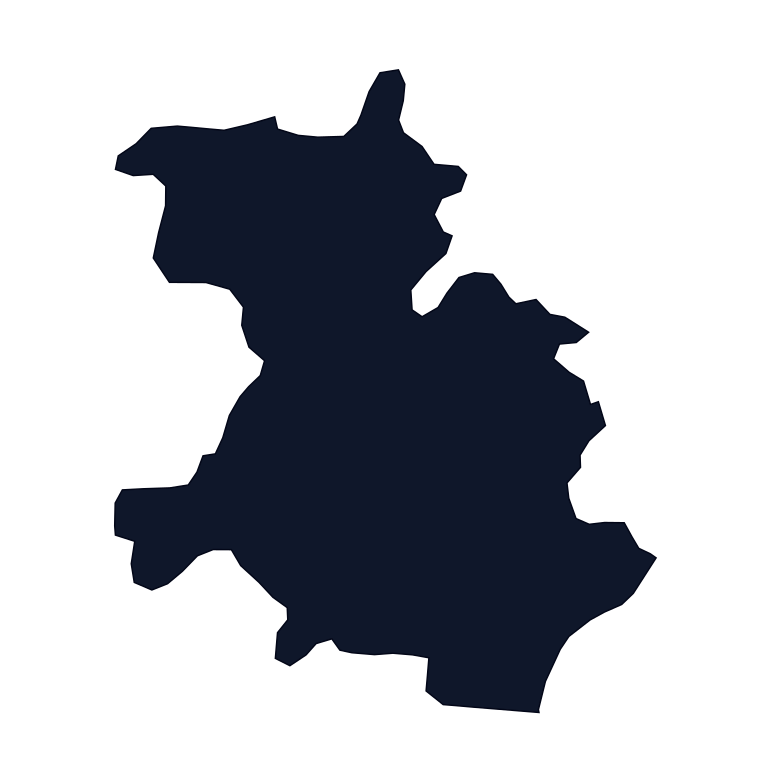 the district of Mungyeong-si, North Gyeongsang, South Korea, rotated 95°
{"feature_id": "91817680B43065782555772", "entity_name": "Mungyeong-si", "entity_type": "district", "adm_level": 2, "iso_a3": "KOR", "parent_name": "South Korea", "parent_adm1": "North Gyeongsang", "projection": "orthographic", "projection_center": [128.138, 36.686], "detail": "fine", "context": "isolated", "style": "filled", "palette": "ink", "viewbox_px": 768, "rotation_deg": 95, "n_neighbors": 0, "source": "geoboundaries", "source_scale": "gbopen_adm2", "svg_char_len": 1857}
<svg xmlns="http://www.w3.org/2000/svg" viewBox="0 0 768 768"><g transform="rotate(95 384 384)"><path d="M314.6,184.7L301.7,209.7L300.2,224.8L286.6,239.9L292.6,259.6L286.5,267.2L274.4,276.2L265.3,285.3L265.3,303.5L271.4,318.6L288.0,329.2L303.1,336.8L313.7,351.9L307.7,362.5L288.0,365.5L268.3,351.9L248.6,333.7L230.5,329.1L227.4,338.2L210.8,348.8L194.1,342.7L185.1,324.5L168.4,320.0L160.8,329.0L160.8,353.3L144.1,366.8L132.0,386.5L119.8,392.5L100.1,389.5L83.5,389.4L69.8,397.0L74.3,415.1L94.0,424.3L118.2,430.4L127.3,433.5L140.9,445.6L143.9,471.4L143.8,491.1L139.3,512.3L127.4,516.2L137.7,542.6L145.2,565.4L145.2,580.6L145.1,598.8L145.1,612.4L149.6,638.2L166.3,651.9L179.9,668.6L193.6,670.2L198.2,652.0L195.2,632.2L205.8,618.6L225.5,617.1L252.8,621.7L278.6,624.8L301.4,606.6L298.4,570.2L303.0,545.9L319.7,530.7L337.9,530.8L359.1,521.7L371.2,505.0L386.4,508.0L398.5,518.6L409.1,526.2L428.8,535.3L451.6,539.9L468.3,545.9L471.3,558.0L488.0,562.6L501.7,570.2L506.2,588.4L509.3,614.1L512.3,635.4L526.0,641.4L548.8,639.9L557.9,638.4L562.4,618.6L576.2,619.5L585.1,620.1L603.4,615.5L609.4,597.3L601.8,582.2L588.1,568.5L571.4,554.9L563.8,539.8L562.3,521.6L577.4,510.9L592.5,491.2L606.2,476.0L615.2,460.9L627.3,459.3L641.0,468.4L666.8,468.3L672.8,453.2L660.6,438.0L648.5,429.0L642.4,413.8L653.0,404.7L654.5,392.6L654.4,369.9L651.4,351.7L651.3,332.0L652.8,315.4L671.0,315.3L686.1,315.3L698.2,297.1L698.1,285.0L698.1,277.4L698.1,266.9L697.7,201.0L694.9,201.8L666.2,197.3L632.9,185.3L619.3,177.8L601.1,158.2L592.0,144.6L582.9,128.0L570.8,117.4L533.5,97.8L530.0,103.8L525.5,115.9L514.9,123.5L501.3,132.6L502.8,152.2L505.9,167.3L501.3,181.0L481.7,190.0L466.6,193.1L449.9,181.0L437.8,182.5L422.7,174.9L406.1,159.8L383.0,168.9L386.4,176.5L363.7,185.5L356.2,200.6L344.1,217.3L328.9,212.7L325.9,196.1L314.6,184.7Z" fill="#0f172a" stroke="#020617" stroke-width="1.5"/></g></svg>